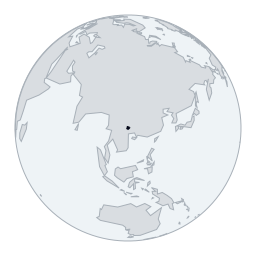 Lào Cai on an orthographic globe, rotated 30°
{"feature_id": "VNM-5483", "entity_name": "Lào Cai", "entity_type": "Province", "adm_level": 1, "iso_a3": "VNM", "parent_name": "Vietnam", "parent_adm1": "", "projection": "orthographic", "projection_center": [104.093, 22.267], "detail": "fine", "context": "on_globe", "style": "filled", "palette": "ink", "viewbox_px": 256, "rotation_deg": 30, "n_neighbors": 0, "source": "natural_earth", "source_scale": "10m", "svg_char_len": 11008}
<svg xmlns="http://www.w3.org/2000/svg" viewBox="0 0 256 256"><g transform="rotate(30 128 128)"><circle cx="128" cy="128" r="113" fill="#eef3f6" stroke="#a8b0b8"/><path d="M233.0,166.8L232.8,167.5L232.7,167.7L233.0,166.8ZM181.1,28.7L178.5,27.6L179.9,30.2L184.0,33.1L180.2,31.2L190.5,38.5L193.6,42.8L187.8,36.8L185.5,35.3L186.4,37.4L184.2,36.5L183.5,37.1L180.8,35.8L177.6,32.8L175.8,32.1L176.6,33.7L174.4,33.7L173.5,31.4L169.5,31.3L163.5,27.0L163.3,23.2L157.7,21.0L151.6,18.0L149.9,17.8L146.5,16.9L143.3,16.5L143.0,16.4L140.7,16.2L141.5,16.4L140.7,16.4L138.9,16.3L138.3,16.0L139.1,16.0L138.0,15.9L138.4,15.9L137.2,15.8L136.7,15.7L146.0,16.8L155.1,18.7L164.0,21.3L172.7,24.6L181.1,28.7ZM136.6,15.7L134.5,15.6L131.8,15.4L132.1,15.4L136.6,15.7ZM231.8,84.2L231.9,84.5L231.8,84.3L231.8,84.2L231.8,84.2ZM232.0,84.7L231.8,84.4L231.9,84.5L232.0,84.7ZM231.9,84.7L231.6,84.1L231.9,84.7ZM184.4,30.5L183.9,30.2L182.6,29.5L182.8,29.6L184.4,30.5ZM187.4,35.6L186.6,34.6L188.2,36.0L187.4,35.6ZM183.8,37.4L184.7,38.1L183.9,38.1L183.8,37.4ZM179.1,36.4L177.5,36.4L178.6,35.8L179.1,36.4ZM176.2,36.1L172.5,36.5L174.2,37.9L167.2,34.4L172.7,35.0L173.7,34.0L174.5,35.2L176.2,36.1ZM142.5,16.5L141.6,16.3L144.1,16.7L142.5,16.5ZM144.3,16.8L153.0,18.6L153.5,19.1L150.5,18.3L152.5,19.3L148.5,18.7L146.5,18.0L146.9,17.7L145.0,17.7L144.3,16.8ZM164.0,32.6L162.6,32.4L163.4,32.1L164.0,32.6ZM140.6,16.5L142.3,16.7L142.9,17.1L139.5,16.8L140.4,16.8L140.6,16.5ZM155.0,20.0L154.9,20.4L151.5,19.9L151.0,20.1L148.4,18.7L155.0,20.0ZM139.4,16.6L137.8,16.7L135.9,16.4L139.0,16.3L139.4,16.6ZM144.4,17.4L144.5,17.7L143.4,17.4L144.4,17.4ZM128.2,15.8L130.2,15.8L130.7,16.0L128.2,15.8ZM137.4,16.7L138.0,16.8L138.5,17.0L137.1,17.0L137.4,16.7ZM146.3,18.6L144.9,18.4L147.2,19.1L144.8,18.9L143.5,18.1L143.0,18.4L142.3,18.4L142.0,17.8L146.3,18.6ZM136.9,17.5L134.4,16.7L130.5,16.5L130.0,16.3L136.4,16.7L136.9,17.5ZM139.9,17.7L137.9,17.5L138.3,17.2L139.9,17.2L139.9,17.7ZM143.6,19.2L147.6,19.6L147.8,19.8L143.6,19.2ZM135.7,17.5L136.3,17.7L135.4,17.5L135.7,17.5ZM141.1,18.7L142.5,18.8L142.6,19.0L141.1,18.7ZM136.4,18.1L135.6,17.8L136.7,17.7L136.4,18.1ZM138.5,18.4L138.3,18.7L137.5,17.9L139.1,18.4L138.5,18.4ZM141.0,18.9L141.5,19.0L140.4,18.8L141.0,18.9ZM132.9,18.8L131.6,17.8L133.9,17.5L134.8,18.5L132.9,18.8ZM40.0,57.7L39.6,58.2L38.7,62.0L38.0,63.6L34.6,67.7L31.1,78.7L34.2,76.1L34.5,83.9L37.1,86.7L44.3,78.6L40.2,73.8L43.0,68.6L49.1,68.8L53.2,73.6L54.4,71.8L54.8,65.5L58.7,63.7L55.2,63.2L54.4,65.5L52.2,65.4L52.8,63.3L54.2,62.7L53.8,60.7L47.4,64.9L45.8,67.7L43.0,65.5L40.2,70.2L38.3,71.1L42.4,63.7L44.3,61.7L49.4,52.9L47.1,54.7L42.2,63.3L42.4,62.0L39.3,65.0L41.8,61.7L47.8,52.3L47.2,50.9L41.3,56.2L41.6,55.8L52.1,44.7L49.9,47.4L52.5,45.2L57.6,40.7L56.4,42.1L58.1,40.8L57.6,42.0L61.3,40.5L61.4,41.5L67.1,38.2L68.0,38.5L64.3,40.2L61.9,42.3L62.8,45.6L64.2,45.5L67.8,43.2L67.6,44.6L71.1,42.0L73.7,43.2L73.3,39.7L77.6,37.5L81.5,37.0L82.9,35.7L76.5,36.6L74.1,37.6L72.0,39.4L65.2,42.2L64.0,41.7L70.9,36.8L69.9,35.8L75.7,32.8L89.3,31.5L92.8,32.7L89.5,39.1L86.2,39.9L85.8,37.8L82.3,41.8L84.4,40.5L84.3,41.8L88.3,40.4L88.4,41.3L92.1,38.6L92.7,39.6L90.3,41.3L96.7,40.6L99.0,42.5L100.4,41.9L101.3,40.8L103.5,44.2L104.5,43.7L104.1,42.3L105.8,40.4L109.6,38.6L110.1,39.9L108.8,40.7L107.0,44.6L103.5,46.9L104.1,47.3L107.3,45.6L109.5,40.8L111.7,39.4L111.1,41.6L111.4,40.6L112.7,40.3L114.4,41.3L115.3,39.0L128.1,35.2L132.8,37.2L130.8,39.3L140.4,39.1L144.9,42.1L144.6,40.7L148.9,40.1L147.5,39.2L147.7,38.5L158.2,37.6L161.1,38.6L165.2,37.3L165.1,36.7L163.1,35.8L167.2,34.4L174.2,37.9L174.3,39.1L178.6,40.8L178.1,43.3L179.7,46.5L176.7,48.7L178.2,51.3L179.8,51.7L183.0,55.8L184.4,63.3L176.5,55.3L173.1,45.2L173.9,49.0L171.7,47.7L170.8,48.8L171.5,51.7L172.9,52.3L163.8,55.9L161.5,64.0L166.6,63.7L169.8,66.4L171.7,77.0L162.4,91.4L166.6,96.5L167.0,99.7L163.4,101.7L162.9,96.9L159.2,95.1L159.4,92.3L153.6,94.3L153.7,90.4L149.0,94.2L150.9,97.4L156.0,96.8L152.0,102.1L157.3,107.8L158.0,114.5L149.2,126.2L140.2,129.4L139.7,131.5L136.1,129.0L131.3,132.9L138.0,145.1L137.8,148.6L130.1,154.6L129.9,152.1L120.4,145.2L118.6,153.2L125.8,160.4L128.3,168.3L122.7,165.6L120.2,158.6L116.8,155.9L117.7,149.0L115.0,138.2L109.4,139.6L109.8,135.4L105.2,126.1L97.2,127.8L84.3,137.0L82.5,147.5L78.1,151.4L72.9,134.6L73.2,123.9L69.7,124.1L65.8,113.7L54.2,109.1L54.0,106.1L51.5,106.4L48.9,102.2L49.2,97.4L47.0,96.5L46.6,109.4L49.1,110.4L53.3,107.4L52.6,111.6L55.2,116.7L47.0,124.0L32.2,125.6L33.3,117.5L34.9,92.2L36.3,90.1L36.4,89.9L36.5,89.4L34.1,92.5L35.3,87.8L31.7,104.3L30.0,110.8L32.0,126.0L31.2,126.8L32.6,130.4L40.0,131.4L39.5,134.0L34.5,143.9L26.3,154.6L28.9,166.1L30.7,174.9L28.8,177.5L32.3,184.8L31.8,185.4L33.9,189.3L35.3,192.0L35.6,192.4L31.2,185.7L27.4,178.6L24.0,171.3L21.2,163.8L18.9,156.1L17.2,148.3L16.0,140.4L15.4,132.4L15.4,124.3L16.0,116.3L17.1,108.4L18.8,100.5L21.0,92.8L23.8,85.3L27.1,78.0L30.9,70.9L35.2,64.2L40.0,57.7ZM55.0,83.9L59.1,86.8L61.6,80.0L63.4,80.7L63.7,78.3L61.8,79.5L63.0,73.3L66.3,72.8L68.1,70.3L66.8,69.2L60.4,71.2L58.7,79.9L55.9,81.6L55.0,83.9ZM68.2,33.5L66.5,34.7L64.6,35.8L64.4,35.3L67.2,33.6L68.2,33.5ZM64.7,36.3L71.6,32.0L72.0,32.5L70.6,32.9L70.1,33.6L67.8,34.5L61.4,39.5L59.3,40.8L60.1,38.7L61.0,38.5L62.6,37.2L64.7,36.3ZM88.6,23.2L91.6,22.1L88.5,24.3L86.1,25.1L85.7,24.4L88.4,23.1L88.6,23.2ZM128.8,15.4L128.0,15.4L127.7,15.4L128.8,15.4ZM125.8,15.4L126.1,15.4L130.0,15.5L136.4,15.8L136.5,16.1L134.9,16.2L133.4,16.2L133.8,15.9L131.5,16.1L130.9,15.7L129.1,15.8L121.8,15.6L122.9,15.5L118.3,15.8L125.8,15.4ZM110.3,16.8L111.7,16.6L111.6,16.8L113.8,16.4L114.4,16.5L112.5,16.8L115.8,16.4L115.8,16.6L119.6,16.9L124.5,16.6L126.0,16.9L124.1,17.1L126.9,17.2L124.3,17.8L125.3,18.1L123.8,19.1L119.5,19.6L121.0,19.8L119.9,20.8L116.3,21.5L117.4,20.6L112.7,22.1L112.1,21.2L111.6,21.4L109.7,21.1L106.6,21.3L106.9,20.8L105.5,21.1L104.3,21.0L102.6,21.3L102.4,20.7L100.3,21.0L101.4,20.5L97.8,21.4L100.4,20.5L99.0,20.5L97.2,21.3L100.4,18.9L100.0,18.9L110.3,16.8ZM132.3,19.0L127.3,19.5L124.5,19.3L128.4,17.7L127.8,17.4L130.2,16.6L134.2,16.9L133.1,17.1L133.1,17.3L131.8,17.1L132.7,17.5L131.3,17.8L131.6,18.2L129.9,18.2L132.3,19.0ZM39.4,62.8L39.3,63.6L39.5,64.3L37.6,66.4L39.4,62.8ZM43.4,56.3L43.6,56.6L40.9,59.6L41.1,58.9L43.4,56.3ZM45.9,54.3L43.8,56.4L45.0,54.8L45.9,54.3ZM64.8,40.5L65.2,40.8L64.4,41.4L63.1,42.0L64.8,40.5ZM102.3,27.0L103.4,26.2L104.1,26.2L107.8,25.0L108.6,25.7L106.6,26.8L102.3,27.0ZM42.3,79.3L40.2,80.2L40.4,78.9L41.1,78.9L42.3,79.3ZM37.8,72.9L37.8,75.5L37.3,73.5L37.8,72.9ZM103.8,27.6L105.2,27.0L104.7,27.8L103.8,27.6ZM109.3,26.2L109.1,27.0L109.1,25.7L109.3,26.2ZM85.1,229.3L87.5,230.4L85.9,230.1L85.1,229.3ZM40.5,179.8L42.3,193.0L39.5,191.3L36.8,186.4L34.7,177.8L37.2,177.1L37.9,173.7L40.5,179.8ZM156.5,186.0L159.8,186.3L159.7,186.8L156.5,186.0ZM153.0,184.5L156.9,184.5L152.4,185.5L153.0,184.5ZM158.4,184.5L162.3,183.5L164.0,182.7L163.6,183.7L158.4,184.5ZM150.4,184.5L136.1,184.3L130.5,182.8L131.8,181.1L141.0,181.9L150.4,184.5ZM131.4,181.1L122.7,175.7L110.8,160.0L115.1,160.7L127.5,170.5L126.7,172.0L132.0,176.2L131.4,181.1ZM152.3,172.4L151.5,176.9L143.6,176.5L140.0,175.7L137.5,169.8L138.9,166.8L141.9,167.0L153.2,156.7L157.2,159.2L153.7,163.6L157.0,167.6L152.3,172.4ZM83.0,148.7L85.2,155.4L82.9,156.0L83.0,148.7ZM157.8,149.3L153.2,154.0L157.4,147.8L157.8,149.3ZM160.2,143.5L160.5,145.8L158.6,143.6L160.2,143.5ZM139.6,134.8L136.5,135.3L136.4,133.6L140.3,132.0L139.6,134.8ZM158.5,120.3L158.5,125.2L157.9,126.9L156.5,123.9L158.5,120.3ZM112.3,35.0L106.2,35.7L102.4,37.2L101.0,39.3L100.4,36.9L106.3,34.6L112.3,35.0ZM126.1,35.0L127.3,33.4L128.5,34.1L128.4,34.6L126.1,35.0ZM125.6,34.0L123.8,32.2L125.6,31.4L126.6,33.0L125.6,34.0ZM113.5,29.3L111.7,29.4L112.2,28.7L113.5,29.3ZM198.8,215.6L197.2,216.9L206.9,208.4L198.8,215.6ZM182.6,222.8L183.6,220.5L187.4,219.4L184.8,221.8L182.6,222.8ZM209.2,206.1L209.5,205.7L212.4,202.5L214.7,199.6L212.9,202.0L213.1,201.8L209.2,206.1ZM172.0,214.8L150.2,221.8L145.7,221.2L147.3,218.9L144.2,211.7L145.8,211.9L145.4,206.7L158.6,201.6L168.2,192.1L174.9,192.1L180.3,185.0L187.1,184.7L184.7,190.2L191.3,192.6L196.8,180.2L199.7,191.7L203.7,194.8L203.5,201.6L192.2,214.9L186.8,218.2L186.2,217.5L183.8,219.0L180.8,219.2L180.1,216.0L177.7,217.5L180.5,214.4L176.8,217.3L175.7,215.3L172.0,214.8ZM219.5,183.9L220.2,183.9L221.0,185.2L219.9,185.5L219.5,183.9ZM231.1,170.7L231.1,171.3L230.5,172.2L231.1,170.7ZM232.7,167.7L232.0,168.8L233.0,166.8L232.7,167.7ZM224.6,175.1L224.9,175.6L224.5,176.1L224.6,175.1ZM224.4,175.0L225.0,173.6L224.8,174.8L224.4,175.0ZM221.4,170.0L222.0,169.2L222.1,169.6L221.4,170.0ZM164.8,186.2L169.5,182.5L172.0,182.0L164.8,186.2ZM220.8,168.9L219.6,169.3L219.7,168.5L220.8,168.9ZM221.0,167.3L220.9,166.4L221.6,168.4L221.0,167.3ZM218.7,166.0L220.2,167.2L218.5,166.3L218.7,166.0ZM217.7,166.5L216.6,166.1L216.7,165.8L217.7,166.5ZM204.1,171.3L208.4,176.0L204.8,176.7L200.7,173.9L197.2,177.8L189.5,178.4L191.4,176.1L190.4,173.1L182.3,172.8L180.6,170.8L183.6,169.1L178.1,167.9L184.1,166.4L186.5,170.5L189.9,166.7L195.6,166.8L201.0,167.4L205.2,169.8L204.1,171.3ZM184.0,175.9L185.1,175.8L184.1,177.2L184.0,175.9ZM214.5,164.4L216.1,166.0L215.9,166.6L215.1,166.5L214.5,164.4ZM206.2,168.9L210.8,164.4L211.8,164.2L208.7,168.9L206.2,168.9ZM209.7,162.3L211.8,162.3L212.8,164.1L212.4,164.7L209.7,162.3ZM171.8,172.9L171.5,174.2L169.9,173.3L171.8,172.9ZM173.8,172.1L178.6,173.0L173.4,173.2L173.8,172.1ZM159.2,168.6L160.6,171.4L165.1,169.4L161.7,172.2L164.7,176.7L163.6,178.5L160.7,173.6L159.5,178.8L157.5,178.8L156.5,174.3L158.5,168.8L160.5,166.5L168.6,165.2L159.2,168.6ZM173.8,168.6L172.6,165.4L173.5,163.1L174.9,164.7L173.8,168.6ZM168.7,157.4L165.3,153.6L162.2,155.3L168.4,149.5L170.7,154.1L168.7,157.4ZM165.7,148.9L162.8,150.4L165.8,147.0L165.7,148.9ZM162.1,149.1L161.7,146.3L164.0,146.6L162.1,149.1ZM167.2,149.0L167.6,144.2L168.9,147.0L167.2,149.0ZM160.5,140.1L165.6,144.5L159.1,142.8L158.6,133.7L161.3,133.4L160.5,140.1ZM173.8,103.1L173.0,100.6L175.4,99.9L175.3,101.8L173.8,103.1ZM182.4,96.2L175.7,98.9L170.3,101.5L172.1,102.6L171.2,107.0L168.3,103.0L171.8,98.1L176.0,97.0L176.3,93.4L179.2,90.9L178.0,86.5L179.2,84.6L181.5,88.3L182.4,96.2ZM177.4,84.7L176.4,77.2L181.1,78.0L182.3,79.9L180.8,82.9L178.4,82.2L177.4,84.7ZM177.6,75.7L175.3,75.1L169.1,64.6L168.9,62.7L176.1,70.6L174.3,70.6L175.0,73.1L177.6,75.7ZM163.2,33.0L162.6,32.4L163.9,33.0L163.2,33.0ZM146.8,38.0L147.3,37.2L148.7,37.7L146.8,38.0ZM149.2,35.4L147.3,35.3L149.1,34.8L149.2,35.4ZM143.1,35.5L146.4,35.1L143.6,36.3L143.1,35.5Z" fill="#d9dde1" stroke="#a8b0b8" stroke-width="1"/><path d="M128.4,127.2L128.5,127.2L128.6,127.3L128.6,127.5L128.8,127.8L128.9,128.0L129.0,128.0L128.9,128.2L128.9,128.3L128.7,128.2L128.6,128.3L128.6,128.5L128.3,128.6L128.2,128.6L127.9,128.7L127.7,128.7L127.7,128.8L127.7,129.0L127.3,128.8L127.3,128.7L127.2,128.5L127.1,128.4L127.0,128.5L127.1,128.3L127.1,128.2L127.3,128.1L127.5,127.9L127.4,127.7L127.2,127.7L127.1,127.4L127.0,127.2L127.3,127.1L127.5,127.2L127.5,127.3L127.7,127.5L127.8,127.5L127.8,127.4L127.9,127.2L128.0,127.0L128.2,126.9L128.3,126.9L128.2,127.0L128.3,127.1L128.4,127.2Z" fill="#0f172a" stroke="#020617" stroke-width="1.5"/></g></svg>